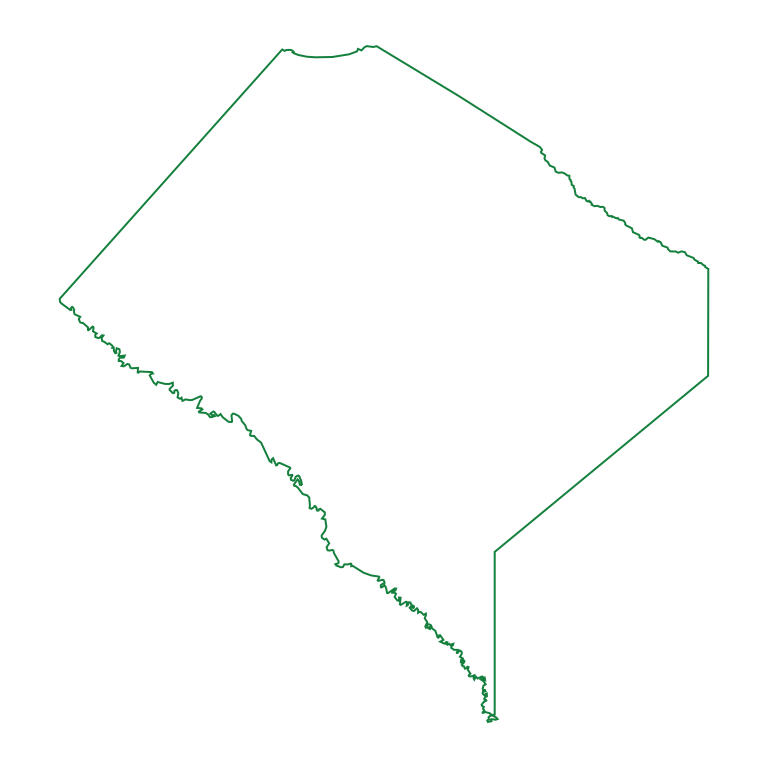 outline of Patiño, Formosa, Argentina
{"feature_id": "61730980B73790224663832", "entity_name": "Patiño", "entity_type": "district", "adm_level": 2, "iso_a3": "ARG", "parent_name": "Argentina", "parent_adm1": "Formosa", "projection": "albers", "projection_center": [-59.34, -25.077], "detail": "fine", "context": "isolated", "style": "outline", "palette": "green", "viewbox_px": 768, "rotation_deg": 0, "n_neighbors": 0, "source": "geoboundaries", "source_scale": "gbopen_adm2", "svg_char_len": 6077}
<svg xmlns="http://www.w3.org/2000/svg" viewBox="0 0 768 768"><path d="M494.7,551.9L708.1,375.8L708.3,268.9L705.2,267.0L705.0,265.7L703.4,265.2L701.1,263.0L698.2,263.0L698.0,261.7L694.3,259.5L693.7,258.0L686.8,255.3L684.9,252.1L681.4,251.4L678.2,252.7L675.7,251.5L670.3,251.4L668.2,249.4L667.5,247.6L662.3,245.7L660.6,242.2L658.6,241.1L658.0,241.8L654.2,239.1L648.3,237.6L645.3,239.9L643.7,239.5L641.9,237.9L640.3,238.0L639.5,237.4L639.7,236.1L639.0,234.9L633.0,232.2L631.9,228.3L625.9,225.3L625.2,224.3L625.3,223.1L623.7,220.7L618.7,219.4L617.8,218.0L616.3,218.3L612.5,216.4L612.1,216.9L611.5,216.1L609.3,216.2L607.6,215.2L607.0,212.9L604.7,210.8L604.5,208.0L602.9,206.8L600.3,207.0L597.3,205.8L594.5,206.2L591.6,204.7L591.9,203.9L590.3,201.6L589.5,201.9L588.9,200.8L587.7,201.4L586.5,200.9L584.9,198.0L582.6,198.3L581.0,197.1L578.6,197.1L575.6,194.6L574.5,188.6L573.6,187.4L573.8,186.0L571.7,184.8L571.5,182.0L570.5,180.8L570.7,180.0L569.5,179.0L569.3,175.7L567.4,175.5L564.3,173.3L561.8,172.4L558.3,172.8L555.7,171.6L554.4,167.5L549.8,165.6L547.8,161.9L545.5,160.4L544.5,158.6L545.1,155.4L541.3,152.9L540.9,151.9L542.1,149.9L539.9,147.0L530.8,141.8L458.6,95.9L376.6,46.2L373.2,47.0L366.8,46.1L364.3,47.4L361.5,50.4L358.0,48.9L357.0,51.4L349.1,54.3L332.3,57.0L315.2,57.3L306.8,56.7L298.4,55.0L294.3,53.4L292.8,52.5L293.7,52.0L292.6,50.7L290.7,49.9L286.4,50.0L284.7,50.9L282.2,49.5L59.7,298.8L60.1,302.0L61.4,303.4L70.4,310.1L71.3,309.9L70.8,308.5L71.7,307.1L72.3,306.9L73.1,307.7L74.2,309.8L73.9,311.7L74.6,314.3L80.2,316.8L78.8,319.0L79.9,322.0L80.8,322.7L83.0,323.0L88.0,327.4L88.0,330.0L88.7,330.2L92.5,326.6L93.3,326.9L93.6,328.0L92.9,331.3L96.7,333.5L95.3,334.6L95.3,337.0L98.3,338.1L99.8,337.6L101.8,335.3L103.4,335.5L101.6,338.0L102.3,341.1L104.3,341.8L107.6,344.3L108.8,343.3L109.7,343.5L112.2,345.6L112.8,346.5L112.3,347.7L113.7,347.6L114.0,351.1L115.3,353.2L116.4,352.9L116.0,351.4L116.7,348.3L119.4,349.2L119.9,352.1L118.4,355.7L119.6,356.2L124.7,355.6L123.8,357.6L120.1,357.7L118.8,359.1L118.7,360.9L121.1,361.1L123.5,363.0L121.6,366.0L123.9,366.3L127.3,364.0L129.1,364.4L130.6,367.8L131.8,368.3L138.0,367.9L137.7,372.5L138.3,372.7L139.9,371.5L151.9,372.1L152.9,373.5L151.1,373.8L149.7,375.4L153.7,382.6L156.2,384.8L157.7,382.0L164.9,383.9L169.0,384.0L172.8,382.7L172.9,385.6L169.6,389.0L169.6,389.9L172.7,393.0L173.6,393.2L174.3,392.7L174.4,390.8L175.8,390.0L177.1,390.2L178.3,393.1L177.6,397.5L180.0,398.8L181.5,397.7L182.5,400.9L185.5,399.4L190.3,400.2L192.3,399.9L200.7,396.2L201.8,397.2L201.7,398.7L200.2,400.5L197.1,407.9L201.6,408.4L202.4,409.4L198.9,411.6L199.3,412.5L205.6,412.9L208.1,414.5L210.0,417.1L211.2,417.2L214.8,416.1L214.1,415.1L212.1,415.2L210.4,413.7L213.3,411.5L214.1,411.7L217.3,415.7L218.1,415.9L220.6,414.1L222.7,417.2L228.5,421.8L231.6,422.0L232.1,421.5L231.5,415.3L232.7,413.7L234.4,413.8L238.5,415.9L241.3,419.0L241.7,421.0L245.1,425.0L246.6,429.0L247.7,430.1L251.1,430.9L250.0,435.2L251.1,435.9L254.2,436.0L256.9,439.4L261.1,442.6L269.7,461.2L271.4,462.3L271.7,459.4L273.1,458.2L276.2,465.4L277.0,465.2L278.2,463.2L279.9,463.0L290.1,467.6L290.3,468.3L288.1,471.3L288.1,474.4L288.8,475.3L292.2,474.9L292.4,475.6L290.6,478.1L291.1,479.9L293.4,480.8L294.2,480.4L295.8,476.8L297.5,475.7L298.5,475.6L299.4,476.6L301.2,480.8L301.9,484.4L301.2,485.0L299.8,484.8L299.1,481.2L297.6,479.4L293.8,484.8L294.4,485.9L296.0,486.1L297.8,487.6L302.8,494.1L307.1,495.3L309.2,497.5L309.9,504.7L309.6,508.1L311.5,508.8L313.9,507.2L314.6,506.0L315.4,506.2L316.7,508.2L316.6,509.7L317.2,510.6L318.5,510.6L318.9,509.4L320.3,508.8L324.8,512.3L324.8,514.9L322.0,518.6L325.3,519.4L326.4,526.7L325.0,530.8L321.7,535.3L321.7,536.9L322.0,537.8L324.5,539.6L326.3,538.7L329.2,543.4L326.6,547.1L327.5,550.2L329.6,550.6L332.4,549.9L333.4,550.5L334.0,553.2L338.5,561.1L338.6,562.7L337.7,563.5L335.4,564.2L336.3,565.5L341.0,567.3L342.9,567.0L344.4,564.3L347.2,564.5L350.9,563.6L351.4,564.2L351.2,566.2L352.9,566.0L363.5,572.7L371.0,575.4L379.0,576.6L379.3,577.2L377.7,580.4L378.2,580.9L382.6,579.8L383.7,580.3L384.6,582.5L384.2,583.7L382.8,583.7L380.8,585.2L380.9,587.2L381.8,587.4L384.4,585.4L385.2,586.0L386.3,588.8L387.0,592.9L387.9,593.2L394.7,588.5L396.1,588.6L395.5,590.4L392.2,591.5L392.1,592.7L394.8,592.8L396.0,593.8L394.6,597.0L397.4,600.5L399.1,600.8L399.1,597.5L400.6,597.7L399.9,604.4L400.8,604.9L406.0,601.7L407.1,602.2L406.7,605.8L407.7,605.3L408.9,602.3L410.4,602.5L411.3,604.7L413.8,606.1L414.0,607.3L413.3,608.0L410.6,606.7L409.7,607.8L411.9,610.3L413.8,611.1L417.0,608.3L418.1,609.9L418.1,612.8L419.7,611.8L420.7,612.0L423.7,614.8L425.9,613.6L426.0,615.0L424.7,618.3L427.3,622.2L425.3,626.5L425.8,627.5L428.0,624.4L428.9,624.2L430.9,625.2L431.5,626.5L427.5,627.7L429.9,629.1L430.6,627.8L431.4,627.8L435.4,630.9L437.6,637.3L438.3,637.7L439.1,636.8L439.1,635.4L440.1,635.2L443.4,639.9L440.2,641.7L444.6,643.7L446.3,642.0L447.4,642.3L446.7,644.3L447.5,644.8L449.4,643.8L451.0,645.8L451.8,644.3L453.3,643.8L452.9,645.3L451.5,646.0L451.3,647.9L454.0,649.8L458.0,649.9L458.2,650.6L456.7,652.4L456.9,653.0L457.5,653.0L459.8,650.5L461.2,651.4L461.8,652.2L461.7,654.0L459.9,656.8L462.9,658.5L462.6,659.4L461.1,659.9L460.9,662.4L461.9,662.9L463.5,660.2L464.0,660.5L464.5,661.3L463.7,662.8L461.8,664.8L462.6,666.1L464.0,666.3L464.9,668.7L465.8,668.6L467.5,666.7L468.5,667.0L467.9,669.9L470.4,673.6L469.2,674.6L468.8,675.7L469.4,676.4L471.8,676.3L474.2,675.3L473.6,678.1L474.3,679.6L475.9,676.6L477.6,678.5L481.6,676.6L482.5,676.6L483.3,677.7L484.7,677.5L485.1,680.1L481.9,678.6L480.7,679.4L483.6,681.3L485.6,684.3L483.5,685.6L482.7,688.5L483.0,690.0L485.0,690.0L485.5,691.2L482.9,691.8L482.6,693.6L485.1,696.0L485.6,693.8L486.8,693.5L486.9,696.3L485.4,697.0L484.2,698.7L484.5,699.7L485.9,699.9L486.3,700.6L483.5,702.2L481.6,704.8L482.0,705.9L483.9,706.9L483.0,708.7L484.4,710.8L482.6,712.3L482.8,712.9L485.4,712.1L489.4,713.1L491.1,714.3L490.7,715.7L488.6,717.2L488.8,719.2L487.3,720.5L487.9,721.9L491.3,721.2L490.7,719.9L491.2,719.2L495.8,719.7L497.6,719.0L495.8,717.2L491.7,715.3L494.7,714.5L494.7,551.9Z" fill="none" stroke="#15803d" stroke-width="2"/></svg>